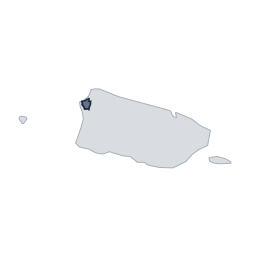 Aguada, Puerto Rico (highlighted), rotated 13°
{"feature_id": "32010507B12204404308150", "entity_name": "Aguada", "entity_type": "district", "adm_level": 2, "iso_a3": "PRI", "parent_name": "Puerto Rico", "parent_adm1": "", "projection": "equal_earth", "projection_center": [-67.173, 18.364], "detail": "fine", "context": "in_parent", "style": "filled", "palette": "slate", "viewbox_px": 256, "rotation_deg": 13, "n_neighbors": 0, "source": "geoboundaries", "source_scale": "gbopen_adm2", "svg_char_len": 2312}
<svg xmlns="http://www.w3.org/2000/svg" viewBox="0 0 256 256"><g transform="rotate(13 128 128)"><path d="M167.8,104.9L170.4,107.0L172.8,106.7L170.8,102.2L172.6,102.2L188.3,105.0L198.4,109.6L208.8,111.8L209.5,127.1L201.6,133.3L196.3,139.7L192.1,147.5L180.9,156.7L167.4,159.4L158.4,159.6L155.1,159.4L151.8,157.8L145.0,159.3L136.6,155.3L129.5,156.3L115.2,155.3L109.8,158.8L104.7,159.6L99.7,158.9L95.4,157.4L84.9,157.5L80.4,154.5L82.2,137.0L82.4,129.1L79.8,122.6L76.9,118.5L74.9,113.7L79.0,110.5L82.4,105.9L83.5,98.9L87.3,97.2L91.6,96.4L111.8,99.6L163.0,101.5L165.9,102.0L167.8,104.9ZM225.6,142.2L219.2,142.9L215.0,142.0L213.6,138.7L221.3,135.7L230.4,136.1L235.7,137.9L236.3,139.1L225.6,142.2ZM25.0,147.2L24.2,147.3L23.5,147.2L23.1,146.9L22.6,145.9L20.2,144.3L19.7,142.8L20.2,141.2L21.2,140.5L25.9,140.3L26.4,140.5L27.4,141.6L27.4,142.4L26.9,143.1L26.1,145.1L25.7,145.6L25.5,146.1L25.4,146.9L25.0,147.2Z" fill="#d9dde1" stroke="#a8b0b8" stroke-width="1"/><path d="M83.4,108.1L83.1,108.4L82.0,109.1L81.9,109.1L81.0,109.7L80.8,110.1L80.6,110.6L80.4,110.7L80.2,110.8L79.8,111.0L79.3,111.3L79.0,111.5L78.7,111.7L78.1,112.0L77.0,112.3L76.9,112.4L76.9,112.8L77.1,113.0L77.2,112.9L77.2,113.2L77.5,113.5L77.7,113.8L77.8,113.7L77.9,113.9L77.8,114.0L78.1,114.7L78.2,115.0L78.0,115.3L77.9,115.2L77.9,115.4L78.0,115.4L78.3,115.8L78.5,115.7L78.5,115.8L78.5,116.1L78.9,116.2L79.0,116.3L79.2,116.8L79.4,116.8L79.7,116.9L79.8,117.0L80.1,117.3L80.3,117.3L80.5,117.4L80.4,117.9L80.6,118.1L81.0,118.3L81.0,118.6L81.2,119.1L81.3,119.4L81.5,119.4L81.6,119.2L81.8,119.2L82.2,118.9L82.3,118.8L82.6,119.1L82.8,119.0L83.0,119.1L83.3,119.0L83.3,118.9L83.6,118.7L84.0,118.6L84.3,118.4L84.5,118.4L85.0,118.5L85.2,118.8L85.3,118.9L85.6,118.8L85.8,118.9L85.9,118.4L85.8,118.0L85.5,117.4L85.8,116.9L85.7,116.4L85.6,116.1L85.5,115.7L85.7,115.4L85.7,115.2L85.9,115.0L86.0,114.9L86.0,114.6L86.1,114.1L86.0,113.6L86.1,113.4L86.2,113.0L85.8,112.8L85.8,112.5L85.9,112.3L85.8,111.9L85.7,111.1L85.5,111.3L85.2,111.2L84.9,110.9L85.0,110.7L84.8,110.8L84.7,110.7L84.4,110.5L84.2,110.6L84.0,110.4L83.9,110.3L83.7,110.5L83.7,110.3L83.8,110.1L83.9,109.9L83.7,109.6L83.6,109.4L83.6,109.2L83.5,108.9L83.5,108.7L83.6,108.8L83.7,108.4L83.5,108.7L83.2,108.7L83.4,108.4L83.5,108.3L83.5,108.1L83.4,108.1Z" fill="#64748b" stroke="#1e293b" stroke-width="1.5"/></g></svg>